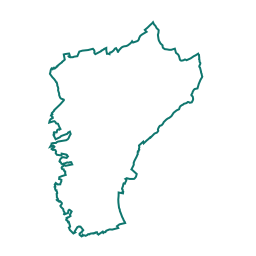 Sutesti, Vâlcea, Romania (Mercator projection), rotated 170°
{"feature_id": "2599482B44989926814330", "entity_name": "Sutesti", "entity_type": "district", "adm_level": 2, "iso_a3": "ROU", "parent_name": "Romania", "parent_adm1": "Vâlcea", "projection": "mercator", "projection_center": [24.211, 44.673], "detail": "fine", "context": "isolated", "style": "outline", "palette": "teal", "viewbox_px": 256, "rotation_deg": 170, "n_neighbors": 0, "source": "geoboundaries", "source_scale": "gbopen_adm2", "svg_char_len": 5848}
<svg xmlns="http://www.w3.org/2000/svg" viewBox="0 0 256 256"><g transform="rotate(170 128 128)"><path d="M135.5,210.6L137.8,210.0L137.9,209.7L140.8,208.8L140.9,208.4L147.3,206.4L148.0,207.4L148.1,208.1L147.7,209.0L147.8,210.4L148.8,212.1L153.8,211.7L159.5,212.1L162.7,211.7L165.4,207.5L168.7,207.6L170.0,207.3L172.6,207.7L173.6,208.2L173.8,208.6L174.0,208.9L172.8,209.2L172.9,210.7L173.1,211.6L176.9,211.7L178.5,211.6L178.4,206.3L180.2,205.2L181.3,204.7L181.5,204.2L183.6,203.2L187.3,201.1L187.1,200.8L189.8,199.3L190.4,200.2L191.9,199.0L192.6,200.1L193.1,199.8L194.1,198.3L194.7,196.6L195.5,194.9L193.7,191.2L192.1,188.8L191.0,186.4L190.8,185.6L190.3,185.3L190.1,182.9L190.3,182.0L189.9,180.6L189.8,179.2L190.3,177.3L190.0,175.0L189.8,174.0L190.1,172.5L189.6,169.8L189.1,168.9L188.7,168.5L186.6,167.3L186.3,167.1L186.3,166.8L186.4,166.4L190.7,163.0L197.6,158.4L197.7,158.2L197.7,157.9L200.5,155.8L200.1,154.7L201.6,153.9L201.7,153.7L201.4,153.6L201.0,153.1L200.8,151.7L200.6,151.4L200.3,151.4L200.4,150.8L202.7,150.1L203.8,148.9L204.6,147.0L200.6,147.5L199.4,147.5L199.1,147.3L198.4,146.3L197.9,145.0L196.2,144.3L195.5,141.1L194.7,138.7L195.9,138.3L196.2,138.8L197.7,138.5L198.2,138.0L199.0,136.1L200.1,136.1L200.8,136.6L201.7,136.6L202.0,135.9L201.8,134.3L202.6,134.0L201.2,129.5L196.7,130.7L195.2,131.7L189.6,132.7L189.3,132.6L187.9,133.5L187.8,133.9L185.9,134.5L185.5,132.0L186.6,130.8L188.4,128.1L189.2,127.4L191.0,126.7L199.1,126.8L200.5,126.5L201.5,125.8L204.9,126.2L205.7,126.0L205.9,126.0L205.9,125.5L206.3,124.9L207.9,123.0L204.5,123.6L203.7,122.3L204.3,121.8L206.8,120.8L206.9,120.4L206.3,120.1L205.7,119.4L204.4,119.4L203.8,119.1L203.3,118.7L203.2,118.1L202.9,117.4L203.6,115.8L202.7,114.0L198.3,112.5L197.8,114.3L193.5,112.6L193.3,112.1L193.0,112.2L192.8,112.0L192.1,110.4L192.8,110.0L193.6,109.2L196.9,110.5L198.0,110.4L199.7,109.5L201.3,107.1L201.0,106.4L200.4,106.2L200.1,105.7L199.7,104.3L198.7,103.8L197.2,104.2L196.1,104.1L194.5,104.6L193.6,104.6L192.3,104.1L191.4,104.4L190.0,104.3L189.8,104.1L189.7,103.3L189.3,101.8L196.1,101.6L197.1,102.3L197.5,102.3L199.2,101.3L199.5,101.4L200.3,100.4L200.3,100.0L199.9,98.9L198.5,98.4L198.4,97.0L197.9,96.2L197.4,96.1L197.4,95.5L197.8,94.4L197.5,92.6L201.5,92.1L204.2,91.5L204.7,89.7L203.3,89.1L202.6,88.5L202.8,88.1L202.8,87.3L204.3,84.9L204.5,84.3L207.0,84.6L208.7,86.4L209.7,85.3L209.2,85.0L210.4,83.0L209.8,82.8L210.4,80.7L210.2,80.4L210.0,79.1L209.3,79.0L209.4,78.5L209.1,77.9L209.0,76.3L209.1,75.9L209.7,75.6L209.9,73.0L210.1,72.2L209.3,70.1L210.6,69.5L210.2,68.9L209.4,68.5L209.2,67.9L208.6,67.4L208.1,67.9L207.4,67.6L206.2,65.6L206.3,65.0L206.7,64.3L208.1,63.2L208.1,62.8L207.7,61.9L205.9,59.4L205.9,58.2L205.8,57.3L205.1,55.7L206.0,54.3L205.7,54.0L205.0,54.1L201.6,54.8L201.4,56.1L201.0,57.1L200.1,57.7L199.7,57.5L198.0,55.6L200.0,52.9L200.3,52.7L199.9,51.3L202.0,50.4L202.8,50.5L204.0,50.1L203.8,49.6L204.2,49.4L204.8,48.5L204.8,48.2L204.6,48.1L204.4,47.6L203.6,47.3L203.4,45.6L202.6,45.7L202.1,41.0L202.6,40.5L203.5,40.2L203.0,37.8L200.1,33.6L198.1,34.3L198.6,34.8L198.6,35.2L195.6,38.6L195.2,38.7L195.0,39.2L193.3,39.6L192.7,39.1L191.9,39.1L189.8,35.2L190.5,34.6L190.8,34.6L191.2,33.8L192.3,33.4L194.1,32.3L194.2,31.2L192.5,29.3L192.0,29.5L191.8,30.0L191.4,30.3L191.2,30.8L191.1,30.7L190.8,29.8L189.7,29.9L188.8,29.5L188.4,29.2L186.7,29.7L185.6,30.4L184.8,30.0L184.3,30.0L184.0,30.3L183.4,30.5L180.3,30.4L180.3,30.1L179.0,30.2L179.0,30.5L177.8,30.8L176.7,30.7L176.7,30.1L176.4,29.6L176.4,29.0L175.8,28.7L175.6,28.2L171.0,30.3L170.9,29.4L170.6,28.9L169.5,29.6L168.3,29.4L167.3,30.6L164.4,31.2L163.6,31.3L161.2,30.7L155.0,31.2L155.5,32.5L155.9,33.2L153.1,34.6L147.3,34.9L147.5,36.0L148.2,37.6L148.6,39.5L149.2,41.4L150.0,45.8L150.4,47.6L150.3,49.1L150.7,51.0L150.4,56.2L150.0,59.2L149.1,62.6L148.4,66.1L144.3,64.5L143.8,66.0L144.4,66.4L143.9,67.7L144.1,68.5L144.4,68.8L144.4,69.4L143.0,71.7L142.4,73.4L141.9,74.2L140.8,73.7L139.6,75.6L139.0,76.3L138.6,77.3L139.4,78.3L138.0,78.8L135.1,77.5L131.6,76.9L130.6,76.9L129.0,78.2L128.4,79.0L127.4,81.2L131.3,86.2L131.8,86.6L129.1,90.2L128.6,91.2L128.5,92.6L127.4,94.5L124.4,98.4L123.4,100.0L123.0,100.3L122.7,102.4L122.6,102.7L121.9,102.9L122.1,103.5L120.7,104.6L120.9,105.1L120.8,105.8L120.2,106.9L120.2,108.9L115.4,111.9L115.2,110.2L111.7,112.5L109.9,113.5L107.7,115.0L107.5,114.6L102.9,117.9L100.2,118.5L98.8,119.8L98.7,120.0L98.8,121.3L98.4,122.1L97.4,123.5L96.3,124.6L94.4,124.9L92.8,126.2L91.8,127.6L88.9,129.6L87.3,130.4L85.5,130.9L83.2,132.1L80.4,135.1L77.1,136.9L74.5,137.6L74.1,138.1L73.6,139.3L72.6,140.4L71.1,141.1L69.9,141.4L68.8,142.1L66.0,142.4L64.7,143.2L63.8,143.0L62.7,142.1L60.8,142.2L59.5,143.8L58.9,144.9L58.8,145.5L58.8,147.6L59.0,148.1L59.8,149.0L59.9,149.5L59.7,149.9L58.7,151.0L57.9,152.6L56.4,154.3L55.5,154.8L52.7,154.9L50.6,159.2L48.2,162.9L46.2,165.2L45.9,165.9L46.1,166.3L46.1,168.7L46.4,169.7L46.3,170.7L46.6,174.8L47.1,175.8L47.1,176.5L45.6,178.8L45.5,179.6L46.0,180.7L45.8,182.8L46.1,183.5L45.7,184.2L45.4,187.7L45.8,188.0L46.0,189.0L48.9,187.8L50.7,187.3L54.2,185.7L58.1,184.7L58.6,184.6L59.4,185.3L60.1,185.6L61.5,185.1L63.1,185.0L63.9,185.1L64.5,185.5L65.0,186.3L65.2,188.9L65.5,190.7L66.0,191.8L67.7,193.7L68.1,198.0L71.8,197.5L73.7,197.8L75.8,198.6L78.1,199.3L79.6,200.9L79.8,201.9L79.6,203.4L81.3,205.6L82.4,208.8L82.5,210.4L82.4,214.5L81.5,216.4L80.8,219.0L81.4,220.0L82.4,221.2L83.3,223.9L84.4,225.5L85.0,227.8L85.8,227.1L88.2,225.6L91.4,223.4L94.4,221.7L93.6,220.3L93.0,219.5L97.8,217.7L99.9,216.6L101.3,214.8L102.0,213.3L103.0,212.3L104.1,211.9L108.2,211.3L108.9,212.7L109.6,211.9L111.3,210.7L114.1,209.3L115.7,209.0L117.6,209.1L119.5,208.8L120.8,208.1L123.4,206.1L124.6,204.7L124.8,204.8L124.8,205.6L125.9,208.7L127.1,208.4L128.9,206.7L131.3,205.4L132.3,205.6L133.2,204.6L133.4,203.9L134.6,204.6L135.8,204.7L135.9,208.2L135.5,210.6Z" fill="none" stroke="#0f766e" stroke-width="2"/></g></svg>